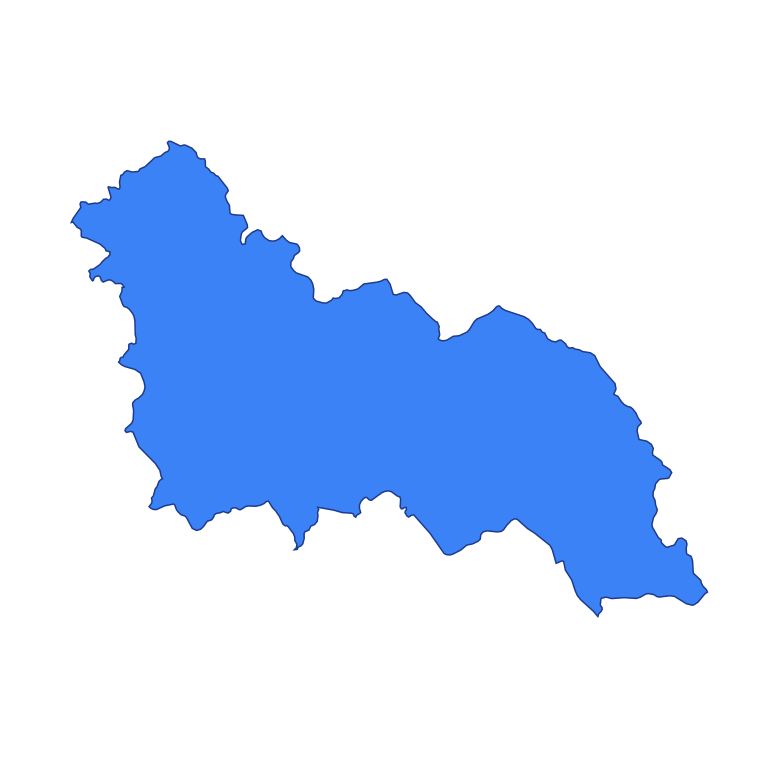 Meconta, Nampula, Mozambique, rotated 77°
{"feature_id": "85939544B84793619782311", "entity_name": "Meconta", "entity_type": "district", "adm_level": 2, "iso_a3": "MOZ", "parent_name": "Mozambique", "parent_adm1": "Nampula", "projection": "orthographic", "projection_center": [39.662, -15.252], "detail": "fine", "context": "isolated", "style": "filled", "palette": "blue", "viewbox_px": 768, "rotation_deg": 77, "n_neighbors": 0, "source": "geoboundaries", "source_scale": "gbopen_adm2", "svg_char_len": 6168}
<svg xmlns="http://www.w3.org/2000/svg" viewBox="0 0 768 768"><g transform="rotate(77 384 384)"><path d="M525.3,508.6L525.6,505.7L523.6,504.4L523.0,501.3L521.5,499.1L516.5,496.5L511.7,495.5L510.1,494.1L509.5,490.1L506.0,487.3L505.4,483.4L502.8,480.0L497.7,478.0L493.9,477.6L491.8,475.9L489.2,476.3L495.7,461.2L499.9,453.6L502.6,444.7L503.6,443.2L506.1,442.8L507.4,441.5L505.8,440.3L504.5,436.2L503.9,435.6L499.9,435.9L496.5,435.2L493.3,432.9L490.9,429.6L490.3,427.3L490.9,426.2L493.7,424.3L494.5,422.4L489.6,411.0L488.8,407.2L489.1,403.8L490.6,401.0L496.0,396.4L497.7,393.9L499.9,393.7L507.3,395.9L509.5,395.2L509.8,394.1L509.0,391.9L509.3,390.2L511.3,390.3L512.7,391.9L514.2,392.5L518.1,391.1L519.2,389.8L518.0,386.5L518.3,384.4L539.7,372.8L562.6,363.6L564.3,361.6L565.4,358.2L565.3,355.4L563.0,346.3L559.6,339.7L559.7,333.6L558.4,327.7L556.8,325.1L552.5,323.6L550.3,320.5L550.3,316.5L553.6,306.9L554.0,303.0L553.0,300.4L549.2,296.1L545.6,290.6L544.7,286.9L546.0,284.5L557.2,276.6L563.0,270.9L578.5,258.6L583.4,257.3L597.5,256.6L596.4,250.7L597.3,248.9L606.3,249.1L617.0,245.2L629.1,244.1L633.8,243.1L638.7,240.7L652.5,231.1L658.7,227.9L656.2,226.5L654.2,223.3L652.6,222.1L651.1,221.8L648.1,223.0L642.5,221.1L641.7,220.4L641.6,215.6L644.3,210.4L646.2,198.0L649.7,186.4L649.4,182.3L647.5,176.0L647.8,173.2L649.9,168.5L652.7,165.6L653.5,163.6L654.7,152.9L656.3,148.7L666.1,138.8L668.9,133.4L668.8,131.5L667.1,127.0L660.6,118.5L659.5,115.6L656.9,116.2L652.7,118.7L649.4,119.6L646.5,119.5L637.9,125.2L626.0,123.2L622.8,123.3L620.8,123.7L618.1,127.0L617.1,127.3L612.4,126.6L608.0,124.8L604.7,125.0L601.1,128.5L600.9,132.2L606.2,137.3L606.8,145.2L605.2,146.8L601.0,149.4L598.1,149.1L595.2,151.3L583.8,154.7L581.1,154.5L575.1,151.7L571.0,147.7L568.1,146.0L563.1,146.6L558.3,146.1L554.0,147.1L549.7,146.0L546.6,143.6L542.5,142.0L539.2,137.7L538.8,136.2L539.8,128.9L539.5,127.5L535.0,123.6L531.6,124.8L525.5,130.8L522.6,130.8L520.6,131.8L513.8,138.1L510.9,137.8L507.4,136.1L503.1,137.0L498.9,140.7L495.4,148.0L486.8,148.0L482.7,146.3L480.2,142.3L478.9,142.1L474.1,144.1L469.1,145.0L464.5,147.1L462.1,148.9L460.7,151.7L458.2,154.5L455.2,156.4L448.6,158.9L446.1,162.1L445.1,162.1L441.2,159.1L435.6,158.8L415.7,169.5L403.7,172.3L400.0,175.9L397.1,183.1L394.5,186.2L393.0,189.8L391.0,192.1L390.6,195.8L387.7,197.7L385.8,197.9L381.0,201.6L380.7,203.0L381.6,207.4L379.9,211.0L376.7,214.4L370.4,216.0L368.9,218.3L366.0,219.4L365.4,222.0L364.2,223.5L357.8,226.0L353.3,228.8L349.8,232.5L339.8,249.0L336.9,252.2L334.1,253.8L333.6,255.1L334.1,257.1L337.3,261.6L339.5,267.1L341.6,278.9L343.4,281.9L350.1,288.5L352.1,291.5L353.9,299.9L353.1,305.8L355.5,313.2L355.2,316.7L354.3,319.0L352.3,321.0L348.7,318.7L342.5,318.2L340.5,317.3L335.6,318.2L335.0,319.4L331.6,322.0L324.4,326.8L317.3,330.4L311.8,335.1L303.6,338.6L300.6,340.5L299.2,344.1L300.0,352.3L298.7,354.9L288.1,355.6L282.6,357.7L282.2,360.3L283.1,363.8L283.2,367.6L282.0,381.2L285.5,388.0L285.8,392.3L285.4,396.3L283.8,399.1L284.3,400.5L283.9,402.0L284.2,402.9L287.1,404.4L290.0,408.5L289.7,412.2L288.8,414.2L290.5,416.1L292.2,422.0L291.2,425.4L287.8,431.6L284.4,433.6L275.9,431.1L270.0,431.0L266.1,432.0L262.5,434.2L256.0,444.5L253.2,446.5L248.5,448.4L244.2,447.2L241.3,444.0L238.6,442.4L236.7,437.8L235.3,436.2L232.1,435.8L229.2,436.7L228.0,437.6L224.9,444.2L222.1,446.7L216.6,449.7L218.8,453.0L220.0,457.2L219.8,460.0L218.5,463.7L214.6,467.4L210.9,468.9L207.3,469.4L205.3,472.4L206.6,478.3L209.7,484.2L211.4,485.9L216.2,487.7L216.1,490.4L215.3,491.1L211.8,491.6L205.8,489.3L204.0,487.9L201.0,481.8L197.8,481.4L188.1,483.1L185.3,492.3L184.1,494.7L182.6,495.6L175.1,494.4L171.1,495.8L166.3,496.5L164.3,496.0L160.7,492.3L158.0,492.6L144.3,499.0L142.9,501.2L140.4,502.4L138.6,505.0L135.2,506.5L132.0,509.1L126.9,508.0L124.3,508.1L123.3,512.3L121.9,514.2L120.2,514.9L116.2,515.0L111.1,518.0L106.8,523.5L106.1,525.0L106.3,528.8L99.6,537.1L99.1,539.3L100.2,540.8L104.9,540.0L106.9,540.3L108.7,542.3L109.2,545.4L111.7,550.2L111.9,556.5L118.5,567.9L119.5,573.3L121.6,575.4L120.8,581.7L118.3,586.3L119.2,589.3L121.3,591.6L121.5,593.5L127.7,596.3L132.3,596.8L134.2,597.7L134.4,598.9L131.7,602.3L131.4,604.9L129.9,608.1L130.2,608.6L139.5,608.0L141.3,608.2L142.8,609.8L143.2,610.8L141.5,612.5L140.9,615.7L143.1,619.2L143.6,622.4L142.7,625.1L142.3,631.6L139.6,633.8L138.4,638.1L140.0,639.6L143.9,639.8L152.7,649.6L156.3,652.4L156.4,650.5L162.2,647.8L164.9,644.8L166.7,644.5L171.6,645.7L173.1,645.1L174.9,640.9L183.7,629.3L189.1,625.3L191.7,624.9L193.5,621.4L196.6,622.0L196.9,623.1L198.0,623.8L199.0,626.9L201.3,630.8L203.7,633.8L206.8,641.6L206.3,644.0L207.5,646.2L210.8,645.3L212.3,646.3L214.0,646.4L217.9,644.9L217.6,643.8L215.8,642.9L214.5,641.1L214.4,638.1L215.5,636.6L219.8,636.0L221.5,634.6L220.6,629.6L221.0,627.4L222.8,625.1L225.7,623.2L226.9,617.7L228.3,616.4L231.2,615.4L230.9,617.5L234.6,618.4L239.2,621.8L247.9,620.7L249.9,620.0L251.5,617.3L253.9,615.3L259.2,612.9L262.2,612.4L266.6,612.5L280.1,615.3L283.8,615.2L288.6,616.7L288.9,619.0L287.5,620.7L287.7,623.1L288.3,623.8L292.8,624.9L297.0,630.6L299.0,632.1L299.0,634.2L299.8,635.5L301.5,636.0L303.1,637.7L306.4,635.3L308.7,632.5L313.7,623.5L318.8,618.7L327.9,617.3L333.1,617.5L336.5,619.1L339.7,621.5L342.4,626.1L343.7,630.2L345.6,632.8L347.4,633.6L353.4,633.9L362.5,636.5L365.5,638.7L369.4,645.8L371.3,646.9L373.2,645.9L373.2,641.7L374.4,639.4L390.3,636.8L410.1,624.6L417.6,621.8L423.7,621.9L426.6,621.2L426.6,622.3L428.3,625.2L432.9,628.2L434.8,630.5L441.3,634.0L442.8,636.2L445.8,636.3L448.0,637.3L450.6,640.5L452.6,639.2L454.3,637.0L455.2,633.9L453.4,625.3L453.6,615.9L454.9,615.1L459.7,614.5L462.1,613.5L465.8,611.1L467.7,607.8L469.6,606.5L481.5,603.3L484.5,599.6L484.3,595.4L482.4,592.1L478.0,587.1L477.7,583.1L477.0,581.7L475.0,579.6L473.4,579.0L472.4,576.4L472.6,572.0L472.0,569.4L474.7,565.1L473.5,562.1L471.2,561.0L470.8,558.8L471.4,556.0L473.7,553.7L474.2,552.1L472.2,546.1L472.4,543.3L474.3,536.2L474.3,531.5L473.5,527.7L472.0,525.0L472.2,522.9L479.3,520.5L483.4,518.1L489.5,515.7L497.9,514.0L500.1,512.0L500.2,510.4L501.5,509.4L509.5,505.9L513.2,505.4L516.5,506.1L520.5,504.9L523.8,506.2L525.3,508.6Z" fill="#3b82f6" stroke="#1e3a8a" stroke-width="1.5"/></g></svg>